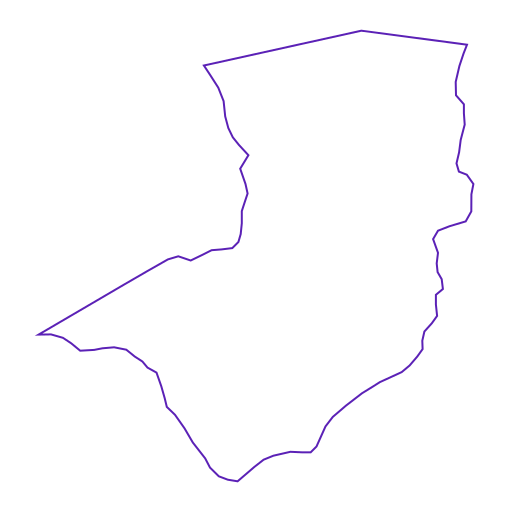 Varjota, Ceará, Brazil
{"feature_id": "56859067B91642005756852", "entity_name": "Varjota", "entity_type": "district", "adm_level": 2, "iso_a3": "BRA", "parent_name": "Brazil", "parent_adm1": "Ceará", "projection": "albers", "projection_center": [-40.497, -4.171], "detail": "fine", "context": "isolated", "style": "outline", "palette": "violet", "viewbox_px": 512, "rotation_deg": 0, "n_neighbors": 0, "source": "geoboundaries", "source_scale": "gbopen_adm2", "svg_char_len": 1311}
<svg xmlns="http://www.w3.org/2000/svg" viewBox="0 0 512 512"><path d="M361.3,30.7L203.9,65.5L210.5,75.5L218.3,87.7L223.6,101.1L225.2,116.4L228.3,128.0L232.8,137.3L238.9,144.9L248.4,155.2L240.2,168.7L245.5,184.0L247.6,193.5L244.7,202.2L241.8,211.1L241.8,223.3L240.7,234.1L238.4,242.0L232.3,248.1L221.7,249.4L211.6,250.2L202.3,254.9L190.7,260.5L178.3,256.3L167.9,259.4L147.5,271.0L124.2,284.5L38.6,334.6L51.0,334.4L62.9,337.8L71.2,343.3L80.2,350.7L94.2,349.9L102.4,348.3L114.1,347.3L126.3,349.7L134.7,356.5L142.4,361.5L147.5,367.6L156.5,372.6L161.3,386.3L164.7,398.2L166.8,406.9L175.0,414.8L184.5,428.3L192.8,442.5L205.2,458.4L210.0,467.6L218.8,476.3L227.8,479.7L237.6,481.3L254.5,466.8L263.6,459.7L273.4,455.7L290.4,451.8L301.5,452.3L310.7,452.3L316.5,446.5L325.5,426.4L332.8,416.9L346.0,405.6L362.1,393.2L373.3,386.3L379.9,382.1L401.7,372.1L409.6,365.5L417.3,356.5L422.6,349.1L422.3,340.7L424.4,331.5L431.8,323.3L437.1,315.9L435.9,304.5L435.9,294.8L442.9,289.0L441.7,279.2L437.6,272.1L436.7,263.4L438.0,252.8L433.1,239.1L438.0,230.7L449.6,226.2L465.7,221.4L471.3,211.4L471.4,194.3L473.4,184.0L466.8,174.7L458.9,171.6L456.5,163.4L459.1,152.3L460.7,139.9L464.7,124.6L463.9,113.3L463.9,104.3L456.0,95.3L455.7,81.9L459.4,66.0L463.6,53.4L467.0,44.7L361.3,30.7Z" fill="none" stroke="#5b21b6" stroke-width="2"/></svg>